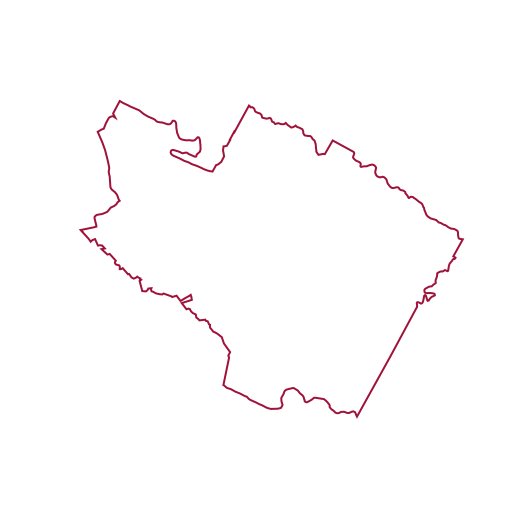 outline of Campbelltown (NSW), New South Wales, Australia, rotated 289°
{"feature_id": "25037944B45643684874460", "entity_name": "Campbelltown (NSW)", "entity_type": "district", "adm_level": 2, "iso_a3": "AUS", "parent_name": "Australia", "parent_adm1": "New South Wales", "projection": "robinson", "projection_center": [150.89, -34.074], "detail": "fine", "context": "isolated", "style": "outline", "palette": "rose", "viewbox_px": 512, "rotation_deg": 289, "n_neighbors": 0, "source": "geoboundaries", "source_scale": "gbopen_adm2", "svg_char_len": 6122}
<svg xmlns="http://www.w3.org/2000/svg" viewBox="0 0 512 512"><g transform="rotate(289 256 256)"><path d="M123.4,267.2L123.4,267.5L121.8,271.4L121.9,275.6L121.0,280.8L120.8,285.4L119.9,291.2L120.0,293.0L118.5,295.8L118.1,297.4L117.5,303.9L116.9,308.0L116.9,310.1L116.1,314.9L116.0,316.8L116.3,320.0L118.5,325.8L119.2,327.2L120.6,329.1L123.5,329.6L124.2,329.4L125.6,328.2L127.5,327.1L129.8,326.2L130.6,326.2L134.5,327.0L136.5,326.9L137.8,327.1L139.3,328.0L140.6,329.8L143.2,333.9L143.4,334.9L142.3,339.6L140.6,342.0L139.3,345.5L138.0,347.1L136.5,348.0L135.8,348.7L134.4,349.4L134.1,350.8L134.1,351.4L134.4,351.9L135.6,353.1L138.2,355.4L140.5,356.8L141.0,357.3L141.3,358.2L142.8,366.8L142.4,368.1L141.2,370.8L139.6,373.3L138.8,374.3L137.3,374.7L136.3,376.0L135.4,377.9L135.1,379.3L134.5,380.7L133.8,382.0L133.7,383.0L133.9,384.4L134.5,385.6L135.8,386.7L136.3,387.3L137.1,389.2L137.4,390.2L137.3,391.7L137.4,394.1L138.2,395.5L140.0,397.3L140.8,398.7L140.6,400.3L139.8,401.3L138.3,402.5L137.0,403.8L205.1,415.8L258.9,424.6L259.8,424.9L261.3,424.6L263.9,423.3L264.6,423.4L265.1,424.4L265.1,425.2L264.7,427.3L265.0,428.0L265.5,428.4L266.7,428.7L268.0,428.7L273.2,428.0L274.0,428.4L274.1,428.6L273.7,429.6L269.8,432.5L269.5,433.0L270.2,433.8L272.6,434.4L274.5,435.4L276.6,437.6L277.2,437.9L277.9,437.5L278.3,437.1L278.4,435.9L277.8,433.0L276.4,429.3L276.3,428.4L276.4,427.7L277.0,427.0L278.3,426.4L279.1,426.3L279.7,426.5L280.7,427.2L283.2,429.5L284.1,431.0L284.5,432.0L286.7,433.1L288.8,434.7L289.3,434.7L290.1,434.2L291.5,433.7L295.3,433.8L297.5,433.4L298.4,433.0L298.9,433.1L300.9,434.9L301.8,436.2L301.9,437.0L302.4,437.8L304.1,439.1L304.2,439.9L304.0,442.0L304.6,442.5L309.4,441.6L311.8,441.6L315.2,442.9L316.9,443.3L317.4,443.7L317.9,444.7L318.9,445.2L319.4,445.2L319.9,442.7L339.1,446.1L338.5,442.7L338.8,441.9L340.6,440.7L344.2,439.2L345.2,438.5L345.5,437.8L346.1,434.6L345.4,431.5L345.8,428.5L346.8,425.3L346.7,423.3L347.4,419.9L347.2,417.9L348.7,414.6L348.4,409.0L348.8,407.2L349.2,406.4L349.3,405.4L350.7,403.4L352.3,402.1L354.3,400.3L356.2,399.2L356.8,398.2L357.6,397.7L359.3,396.0L359.8,394.9L360.3,392.6L362.1,387.7L362.2,386.7L362.8,385.2L362.6,383.7L362.3,382.9L360.8,382.0L360.6,381.6L360.9,381.0L362.4,379.5L363.9,376.9L364.9,376.5L365.3,375.9L365.8,373.9L365.7,372.7L365.5,371.9L365.6,370.9L366.1,369.6L366.5,369.4L367.1,368.3L366.9,366.8L364.9,363.6L364.6,362.3L364.9,361.1L365.6,359.6L367.4,356.9L370.9,354.3L371.7,352.9L372.2,351.4L372.2,350.0L371.0,348.3L370.6,346.6L370.8,344.7L371.3,343.7L373.2,341.8L375.1,341.2L378.4,340.9L379.1,340.4L380.2,338.5L380.4,336.8L380.2,336.0L379.1,334.1L376.9,331.5L375.7,328.4L374.6,326.7L374.5,325.9L375.1,325.4L377.2,325.1L378.2,324.0L378.5,322.8L378.7,319.6L379.6,317.3L380.6,315.8L381.6,315.5L384.7,315.6L385.5,315.2L386.2,314.4L390.2,290.9L374.7,287.9L374.5,286.5L372.0,282.1L374.3,279.0L375.4,278.8L376.9,277.9L381.4,275.9L384.3,273.6L385.0,271.5L386.5,269.7L387.0,268.6L386.9,267.5L386.5,266.5L386.2,264.9L385.9,262.6L387.6,260.6L389.0,260.2L389.8,259.7L391.0,258.4L391.4,255.2L391.4,252.8L392.2,251.0L391.3,250.5L389.5,248.5L389.0,247.7L389.0,247.1L389.7,245.1L390.1,243.4L391.5,240.8L389.9,239.8L389.5,239.0L388.8,236.6L388.9,234.0L388.0,232.5L387.2,231.5L387.1,230.9L388.2,229.4L388.3,227.5L390.5,225.6L391.0,224.8L391.0,224.0L389.7,222.1L389.2,220.9L388.9,217.7L388.9,216.8L391.0,215.4L391.9,213.8L392.1,212.7L391.9,211.4L392.2,208.9L392.6,208.0L394.5,206.5L394.9,205.9L395.5,204.3L395.4,203.7L394.9,202.8L394.8,202.3L395.8,201.1L396.0,200.4L366.1,195.3L366.4,194.9L357.4,193.4L357.3,193.8L350.8,192.6L349.8,191.2L349.1,189.6L345.2,190.4L339.8,193.4L333.6,192.5L330.1,190.2L329.0,188.7L321.7,187.4L321.2,184.7L321.0,181.7L321.2,177.5L321.4,176.8L321.9,171.6L322.0,167.8L321.9,165.7L322.6,161.7L322.6,157.2L323.4,152.0L323.9,145.7L324.3,143.7L325.2,142.2L326.1,141.6L327.4,141.4L328.3,141.6L329.1,142.6L329.4,143.8L329.6,149.7L329.2,152.1L329.3,153.4L330.6,155.3L331.1,156.6L331.0,157.9L330.5,159.1L330.3,162.1L330.0,165.6L330.3,166.7L330.9,167.1L332.6,166.9L336.4,169.0L339.0,168.8L343.4,167.1L343.8,166.8L346.9,165.5L348.7,164.3L349.5,163.3L349.2,162.1L346.0,160.7L345.5,160.3L344.8,159.2L344.4,158.4L343.6,154.5L342.9,153.3L342.5,151.6L342.1,149.0L342.1,146.5L342.9,144.7L346.7,141.4L351.1,139.0L355.0,137.5L356.4,136.5L357.2,135.1L357.0,133.7L356.7,133.2L353.8,132.5L352.9,131.8L352.3,131.1L351.8,129.6L351.7,123.9L351.0,121.1L350.8,118.8L351.1,117.7L351.9,116.2L352.3,114.0L352.7,108.5L353.7,103.6L355.7,98.2L356.5,87.5L356.8,86.2L357.4,80.5L358.2,76.7L344.2,74.5L341.0,77.8L341.3,76.6L341.6,75.8L341.5,74.9L340.5,73.4L339.1,72.1L338.2,71.8L332.9,70.9L326.8,70.6L325.3,68.8L321.9,65.9L313.4,73.7L306.9,78.9L297.6,85.0L292.4,88.1L291.1,88.7L288.0,89.2L286.5,89.9L283.5,91.8L273.8,95.9L272.5,97.0L271.6,98.7L270.4,101.9L268.8,104.4L267.2,105.9L265.3,107.3L264.3,108.3L263.8,109.1L262.0,107.7L259.4,107.1L257.1,105.6L254.5,102.9L249.8,101.2L248.8,100.5L245.6,96.8L243.1,92.2L241.7,91.1L240.4,90.7L239.2,91.0L232.8,95.1L231.8,95.5L230.3,93.3L223.5,81.8L222.7,83.5L222.6,83.3L218.0,91.8L215.7,95.1L216.6,95.4L218.0,96.4L219.6,98.3L214.4,103.2L215.4,105.0L215.8,107.1L213.9,110.6L212.2,107.7L209.0,115.0L210.3,117.0L206.2,124.5L205.9,125.0L204.8,124.7L204.1,124.7L203.0,125.3L202.5,126.1L202.4,127.0L202.6,129.5L202.4,130.0L201.8,130.5L200.3,131.2L199.2,131.4L199.2,131.7L199.9,132.9L201.1,133.9L197.1,140.9L197.7,141.8L195.2,145.3L194.8,147.8L196.9,150.0L197.8,150.4L197.3,152.0L197.1,154.0L195.9,154.0L195.9,155.0L194.5,154.1L185.8,159.9L186.7,163.5L188.4,164.5L190.2,164.8L191.5,167.6L190.1,167.6L188.6,168.8L188.7,170.2L188.1,173.4L188.5,177.4L189.1,179.8L190.4,180.8L190.3,189.4L189.9,190.1L192.6,193.8L188.9,199.3L192.8,202.5L196.8,206.1L198.0,206.9L196.3,208.2L193.6,209.6L187.3,201.1L183.0,207.6L184.2,209.1L184.3,210.7L182.5,212.6L181.5,214.7L181.1,218.1L178.4,219.6L177.6,222.0L176.7,223.5L179.3,228.8L178.4,229.6L178.5,231.6L176.0,234.0L176.0,234.9L174.9,235.2L173.3,235.9L171.9,238.2L170.5,240.3L170.5,241.7L170.0,244.6L168.1,250.1L162.9,254.1L156.7,262.8L152.7,262.3L151.3,263.6L123.4,267.2Z" fill="none" stroke="#9f1239" stroke-width="2"/></g></svg>